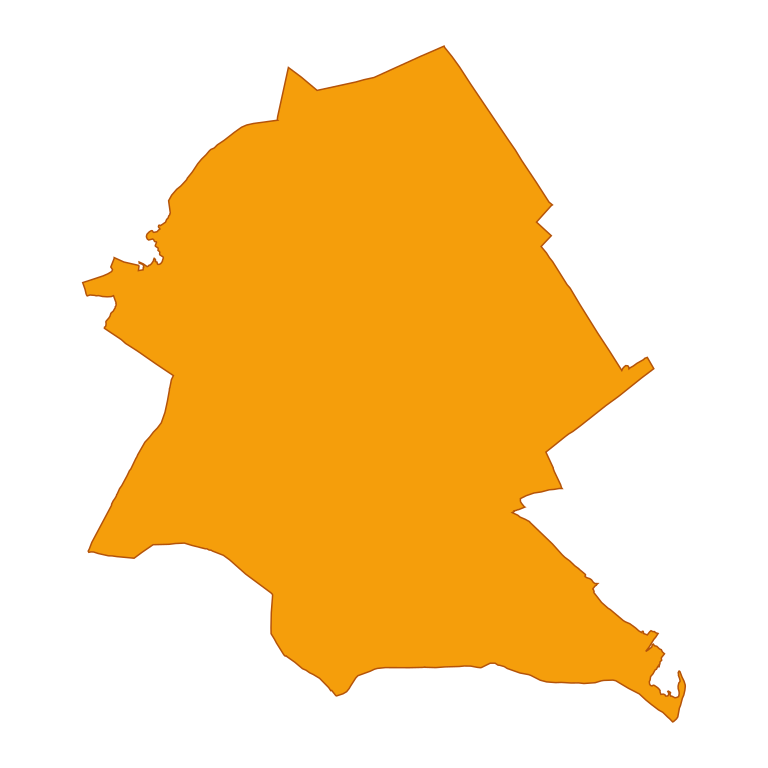 Fibis, Timis, Romania (Mercator projection)
{"feature_id": "2599482B17548071630420", "entity_name": "Fibis", "entity_type": "district", "adm_level": 2, "iso_a3": "ROU", "parent_name": "Romania", "parent_adm1": "Timis", "projection": "mercator", "projection_center": [21.414, 45.966], "detail": "fine", "context": "isolated", "style": "filled", "palette": "amber", "viewbox_px": 768, "rotation_deg": 0, "n_neighbors": 0, "source": "geoboundaries", "source_scale": "gbopen_adm2", "svg_char_len": 6104}
<svg xmlns="http://www.w3.org/2000/svg" viewBox="0 0 768 768"><path d="M672.6,721.9L673.5,721.6L676.5,718.9L677.8,716.9L679.4,708.1L680.5,705.4L682.4,698.2L683.8,695.0L684.9,690.1L685.3,686.3L685.2,684.9L684.0,681.1L681.9,676.8L680.0,671.7L679.4,671.1L679.0,671.1L678.2,672.6L678.5,674.5L678.4,675.3L679.6,678.6L680.1,681.0L679.8,681.8L678.8,683.0L678.1,686.1L678.2,688.7L679.0,691.4L679.2,693.3L678.9,695.4L678.5,696.6L677.1,697.3L675.0,697.8L671.9,696.2L670.7,696.1L670.5,695.3L669.9,694.6L670.1,694.1L669.9,693.4L670.5,693.0L670.5,692.5L668.4,691.1L667.8,691.4L668.6,693.0L668.7,694.5L667.9,695.8L667.0,696.1L665.6,696.0L664.9,694.7L663.3,694.1L660.9,694.4L660.0,691.8L660.1,690.6L659.6,690.2L659.5,689.4L658.4,688.6L658.0,687.9L654.3,685.4L653.2,685.2L652.3,685.8L651.6,685.9L650.5,685.4L649.6,684.2L649.3,681.7L650.1,680.0L650.6,676.6L653.0,673.8L655.0,670.1L655.8,669.4L656.4,669.3L657.8,666.4L658.1,666.2L658.5,666.8L659.1,666.8L659.4,665.2L659.1,664.7L659.9,664.0L660.0,662.0L661.7,660.2L661.3,658.6L661.5,657.6L664.5,653.8L662.4,651.9L661.3,649.7L659.5,648.9L656.8,646.3L654.4,645.7L653.4,644.1L652.7,644.4L652.2,645.1L651.8,647.0L648.5,649.7L646.3,651.1L646.1,650.9L649.2,646.9L653.8,639.4L655.6,637.3L658.1,633.5L656.1,632.9L655.2,632.4L654.6,631.6L652.8,631.6L651.0,630.7L649.7,631.8L647.3,634.9L643.3,633.4L643.5,632.3L643.2,631.4L642.3,631.3L641.5,632.5L638.6,630.7L635.8,628.1L629.8,623.7L625.3,621.8L623.2,620.5L610.3,609.6L607.9,608.1L601.6,602.5L593.9,592.6L593.8,591.9L594.1,591.4L593.3,589.4L592.9,589.2L592.9,588.7L595.2,585.9L596.4,585.2L596.9,584.3L597.7,583.6L594.9,583.5L593.3,582.3L591.5,579.8L589.7,578.6L587.1,577.8L585.2,576.7L585.0,576.1L585.5,575.2L585.5,574.7L585.0,574.1L579.0,569.1L579.0,568.9L574.8,565.8L569.7,560.9L564.7,557.2L562.1,554.7L552.5,544.0L529.7,522.1L529.6,521.7L525.0,519.2L520.1,517.1L517.8,515.2L512.2,512.6L514.3,511.4L514.1,510.8L516.6,510.3L517.6,509.7L518.5,509.7L524.8,507.1L524.4,506.9L521.8,503.7L520.6,501.9L520.4,500.7L520.4,498.6L526.2,495.7L534.0,493.0L541.4,491.9L549.2,489.8L554.0,489.4L559.2,488.5L562.1,488.5L561.5,487.7L560.6,484.7L554.3,471.5L553.2,468.5L553.3,468.0L545.9,452.1L565.2,436.6L568.6,434.0L572.8,431.5L580.0,426.1L605.9,405.6L619.3,395.8L641.5,378.0L653.8,368.7L647.3,357.4L644.6,358.4L643.7,359.5L636.8,363.4L633.3,366.0L629.9,367.9L629.0,368.8L628.6,366.8L627.8,365.8L625.7,365.6L624.1,366.9L622.8,368.4L621.8,370.5L609.4,350.9L597.7,333.1L579.8,304.4L570.1,288.1L567.1,284.7L552.6,261.6L549.4,257.6L546.5,253.0L541.1,246.5L551.3,235.7L536.5,222.1L551.3,205.6L552.4,204.9L549.0,202.1L536.4,182.5L521.7,160.5L515.3,150.0L508.1,139.6L470.7,84.2L459.6,67.1L452.1,56.7L444.6,47.4L444.1,46.1L420.4,56.4L374.0,77.5L364.0,79.7L355.8,82.0L317.1,90.4L301.4,77.2L288.4,67.5L277.6,116.9L277.3,119.8L277.7,120.2L253.4,123.5L246.7,125.0L241.6,127.2L239.6,128.6L234.4,132.3L223.9,140.5L217.4,144.8L214.2,148.0L210.8,149.5L209.2,151.0L206.1,154.7L201.5,159.2L197.7,163.8L192.3,172.0L187.3,178.2L186.7,179.6L185.1,181.4L180.7,186.1L176.7,189.3L171.7,195.1L168.6,200.7L170.3,213.0L169.9,213.7L169.8,214.7L168.7,216.0L168.2,217.8L166.6,219.5L165.5,222.2L160.5,225.6L159.8,225.2L159.0,225.2L158.7,225.5L158.4,226.8L159.0,227.8L159.7,228.3L159.9,229.1L158.6,230.0L157.1,231.7L153.8,232.4L153.1,232.0L152.4,230.8L151.9,230.6L150.6,231.0L149.0,232.1L147.0,234.2L146.4,236.3L146.6,237.5L147.4,239.1L148.7,240.0L152.6,239.0L153.6,239.6L154.6,241.5L156.4,241.9L156.5,242.5L155.3,245.4L155.4,246.2L158.0,248.0L158.2,248.7L158.0,250.4L159.5,251.6L159.8,252.3L159.6,254.0L159.9,254.9L163.0,256.9L163.2,257.4L163.3,258.0L162.5,260.4L162.4,261.3L161.0,263.3L159.6,264.3L157.9,264.4L157.4,263.9L157.0,262.1L155.5,261.6L155.3,261.2L155.6,260.1L154.7,258.6L154.2,258.3L153.6,259.6L153.4,260.9L151.5,263.7L150.1,265.0L149.1,265.2L148.3,266.1L147.1,266.6L143.3,263.9L139.1,262.0L139.2,263.1L142.1,264.2L143.3,265.1L143.7,266.8L143.6,267.4L143.3,267.5L143.1,269.8L138.4,270.6L139.0,266.3L138.7,265.4L123.9,262.0L114.2,257.6L114.2,258.4L110.8,267.0L112.5,269.6L112.1,270.8L111.4,271.7L107.9,273.8L103.1,275.9L82.7,282.6L85.1,289.5L86.0,293.5L86.6,295.1L87.2,295.9L90.0,295.0L94.8,295.4L96.1,295.8L98.7,295.6L102.5,296.5L107.2,296.8L111.2,296.6L113.5,295.7L116.0,302.6L116.1,303.4L115.9,303.6L116.2,304.5L115.9,306.0L115.2,306.8L115.2,307.8L115.0,308.2L114.7,308.5L113.2,311.2L111.4,312.7L110.8,313.5L110.0,316.2L109.0,317.8L106.0,321.3L105.9,322.1L106.1,323.9L105.9,325.3L105.6,326.5L104.5,327.2L104.4,328.3L121.3,339.6L125.5,343.4L137.4,351.0L156.1,364.0L173.4,375.6L171.4,379.7L169.9,387.4L169.4,388.9L169.4,390.1L167.4,401.2L165.0,412.3L161.3,422.8L157.4,428.0L153.4,432.1L149.6,437.1L144.9,442.2L137.7,454.8L136.7,457.2L136.0,458.2L131.5,467.6L130.7,469.2L129.5,470.6L127.2,475.5L121.7,485.7L119.6,488.6L117.2,494.0L116.7,494.6L116.3,496.1L114.7,498.8L113.3,500.7L111.6,504.1L111.5,505.4L91.8,542.4L89.3,549.0L88.2,551.1L88.8,552.3L91.0,551.9L93.6,552.0L98.2,553.5L108.4,555.8L112.1,555.9L116.8,556.6L134.1,558.2L142.2,552.2L153.1,544.7L169.0,544.3L175.5,543.5L184.4,543.1L191.9,545.4L205.3,548.8L207.0,548.8L209.1,550.0L211.1,550.2L212.4,551.0L223.4,555.3L229.7,559.9L245.7,574.1L270.9,592.8L272.3,594.2L272.6,595.0L272.4,598.2L271.3,612.7L271.0,627.7L271.1,633.7L274.4,639.1L276.4,642.9L283.9,654.9L285.2,656.1L286.2,655.9L286.9,656.6L294.8,662.2L302.5,668.7L306.0,670.2L309.7,672.8L313.1,674.4L319.6,678.3L328.7,687.6L330.8,690.7L331.7,690.4L335.8,695.6L336.6,695.9L343.0,693.8L346.6,691.7L349.1,688.6L350.6,686.0L355.8,677.9L357.9,675.7L370.0,671.3L374.5,669.2L377.4,668.4L385.2,667.6L409.4,667.7L422.9,667.4L424.8,667.0L424.9,667.3L435.8,667.6L445.0,666.9L459.3,666.5L464.2,666.0L470.8,666.1L477.6,667.4L480.5,667.7L481.5,667.5L490.2,663.2L495.1,663.2L498.0,665.1L499.8,665.3L504.3,666.6L507.3,668.5L520.0,673.0L528.6,674.6L530.8,675.4L540.2,680.2L546.6,681.9L555.6,682.6L561.3,682.4L571.3,683.0L578.7,682.9L583.9,683.5L595.2,682.7L601.4,680.8L603.9,680.4L612.9,680.1L615.7,680.7L628.6,688.4L639.3,693.9L646.1,700.2L651.4,704.5L658.5,709.9L662.8,712.3L667.6,717.0L669.7,718.8L672.6,721.9Z" fill="#f59e0b" stroke="#b45309" stroke-width="1.5"/></svg>